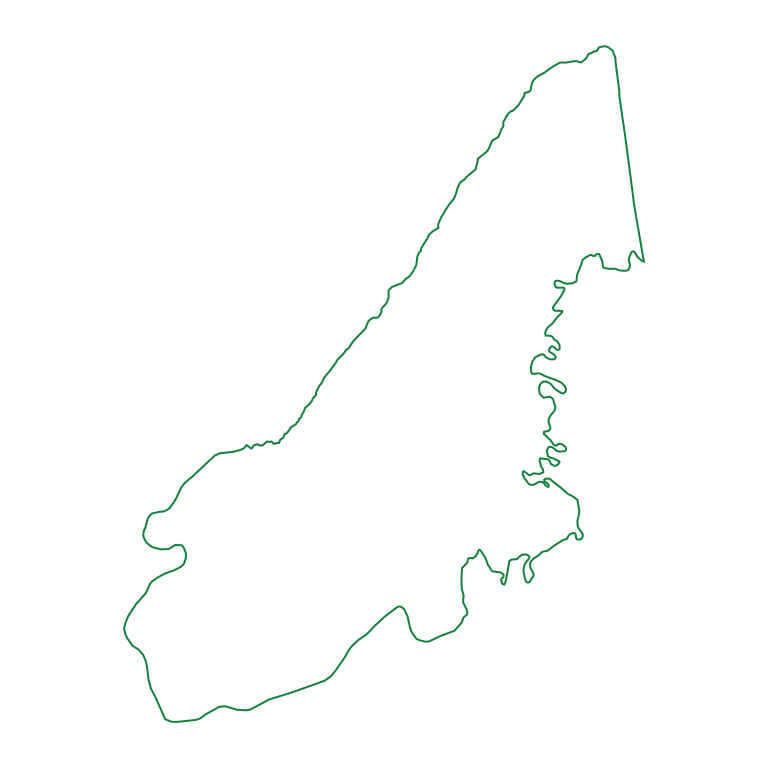 outline of Girardot, Cundinamarca, Colombia
{"feature_id": "7082276B44734955645531", "entity_name": "Girardot", "entity_type": "district", "adm_level": 2, "iso_a3": "COL", "parent_name": "Colombia", "parent_adm1": "Cundinamarca", "projection": "robinson", "projection_center": [-74.792, 4.35], "detail": "fine", "context": "isolated", "style": "outline", "palette": "green", "viewbox_px": 768, "rotation_deg": 0, "n_neighbors": 0, "source": "geoboundaries", "source_scale": "gbopen_adm2", "svg_char_len": 6081}
<svg xmlns="http://www.w3.org/2000/svg" viewBox="0 0 768 768"><path d="M246.7,445.2L243.6,448.5L240.2,450.0L232.8,451.9L219.6,453.3L214.6,455.7L192.4,476.5L185.0,482.6L181.3,487.4L175.3,500.0L169.6,508.2L166.0,510.5L163.2,511.6L160.0,511.7L152.0,513.5L149.3,516.0L147.5,519.5L145.2,528.3L144.2,530.0L143.4,533.1L143.3,535.9L144.7,539.7L146.5,542.5L150.0,545.6L153.4,547.6L161.4,549.4L164.6,549.2L169.0,548.8L175.3,545.0L181.7,545.2L183.4,547.0L186.0,553.3L185.9,557.4L184.8,561.5L183.5,564.5L180.7,566.9L173.9,570.4L164.8,573.6L157.2,577.8L152.8,580.8L150.6,582.9L145.7,593.3L136.2,603.9L128.2,616.1L125.3,623.2L124.1,628.8L125.2,633.5L127.2,638.1L132.7,645.9L138.5,649.5L143.2,655.0L145.6,660.5L147.0,667.0L148.5,679.2L150.8,688.4L155.0,696.1L165.2,719.2L171.8,721.9L177.5,721.9L195.9,719.9L200.0,718.6L204.9,714.8L219.1,706.9L222.9,706.3L225.9,706.4L237.0,709.8L246.4,710.3L250.4,709.5L269.3,699.4L291.4,692.6L324.7,680.7L330.6,676.5L335.7,670.5L345.2,656.6L348.7,650.3L352.0,646.0L358.3,640.0L366.5,634.5L375.0,625.6L384.2,617.1L397.3,607.0L398.4,606.7L399.9,606.5L401.7,607.2L403.8,608.8L404.7,610.2L407.5,616.2L410.2,628.3L412.2,633.2L416.6,638.9L419.0,640.1L425.5,641.7L429.1,641.4L440.9,635.8L454.5,630.7L461.4,623.0L463.6,617.4L467.0,614.6L467.4,613.4L466.7,609.7L463.1,602.3L463.6,595.4L461.9,589.1L461.5,584.1L461.6,575.2L462.1,568.0L467.1,562.8L468.4,558.4L471.1,557.9L472.8,558.4L475.6,556.3L477.5,553.2L478.6,550.1L479.6,549.7L480.4,550.3L485.1,557.2L488.1,565.3L489.4,566.7L491.5,570.6L492.9,571.5L499.9,572.2L503.3,574.2L503.7,575.1L503.4,576.6L502.8,577.8L501.4,578.7L501.2,580.5L502.1,583.5L503.9,584.5L504.5,584.4L505.7,581.4L508.9,564.2L508.9,562.5L509.6,560.8L511.8,559.6L517.1,559.1L519.8,556.2L522.6,554.6L525.8,554.4L528.4,555.5L529.4,556.6L529.4,557.9L525.0,563.8L523.7,567.7L523.5,571.1L524.7,577.5L525.9,581.2L526.9,582.3L528.1,582.5L529.4,582.1L533.3,576.2L533.6,573.7L530.5,568.0L529.9,564.2L531.0,561.4L533.3,558.8L537.9,555.9L542.3,551.8L547.8,550.6L553.7,546.0L563.0,540.0L566.6,539.1L568.8,535.3L570.3,534.0L572.6,533.1L574.9,533.2L575.8,534.9L576.1,538.1L577.1,539.4L580.0,539.6L581.9,538.2L582.7,536.4L582.8,534.4L578.5,527.9L577.6,525.4L577.4,520.7L579.1,514.1L579.3,510.9L577.5,500.0L572.3,496.1L567.4,493.6L560.7,487.6L549.3,478.6L545.0,478.8L544.2,479.8L544.5,481.0L548.5,484.6L548.8,485.5L548.4,486.8L546.8,486.6L545.9,485.9L544.5,483.8L542.2,481.8L539.2,481.9L533.1,484.9L531.4,484.9L528.9,484.1L524.4,478.2L522.9,474.8L522.7,472.8L523.5,471.2L524.3,471.5L529.5,475.3L533.8,473.3L539.6,474.0L543.3,472.2L543.1,469.9L541.0,466.4L539.6,460.5L540.1,458.4L548.3,459.3L549.9,461.1L550.9,464.0L554.4,466.0L556.8,465.2L558.5,463.9L559.5,462.0L559.0,461.2L553.5,458.5L550.2,457.5L547.8,455.9L546.8,450.6L548.1,447.9L549.0,447.1L550.0,446.7L552.4,447.3L556.8,450.9L559.2,451.6L565.0,451.2L566.2,449.4L565.5,447.1L562.2,444.3L559.2,443.8L558.3,444.1L557.0,445.4L555.4,445.6L553.8,444.8L550.5,440.2L543.7,433.9L544.1,431.7L548.5,431.0L550.0,429.3L550.4,427.5L548.7,422.4L548.6,419.2L551.0,414.7L553.6,411.9L554.8,409.9L555.4,407.0L552.9,398.9L550.1,396.8L543.7,397.7L539.7,393.7L539.2,389.9L539.1,387.4L539.7,385.5L540.7,383.5L543.1,381.6L546.0,381.5L549.1,382.8L551.0,384.3L555.1,389.1L561.4,393.2L563.4,393.4L565.7,391.5L565.8,388.7L565.1,386.5L561.5,382.7L555.3,379.8L544.2,375.8L540.7,373.8L537.7,373.3L535.4,373.8L532.1,373.7L531.1,371.7L531.0,367.8L531.4,364.7L532.1,362.0L535.1,357.4L539.5,355.0L542.3,354.3L543.4,354.5L546.0,357.3L549.9,359.3L554.3,359.3L555.2,358.7L555.6,357.0L554.9,355.5L553.8,354.4L549.2,351.5L549.0,350.3L549.9,347.8L551.9,346.2L553.6,346.8L556.7,349.6L558.5,350.0L559.5,349.2L559.7,348.4L559.5,344.8L556.7,340.9L554.5,339.8L552.3,336.7L550.3,335.8L545.7,335.6L545.1,333.1L546.1,330.0L548.1,327.1L553.1,322.8L555.9,318.7L559.3,315.0L560.8,314.0L562.3,311.7L562.0,310.9L555.0,310.7L553.7,310.0L553.0,308.2L553.1,307.0L560.9,296.3L564.4,289.9L564.5,289.1L564.0,288.0L562.9,287.6L556.9,287.7L555.9,287.0L554.6,284.5L554.6,282.3L555.4,281.1L557.2,280.6L559.5,281.0L564.4,283.2L567.9,283.8L573.2,283.0L576.4,281.4L577.2,274.2L580.8,265.6L582.6,259.9L584.5,258.2L590.2,254.9L591.4,255.0L592.8,255.9L594.6,256.0L596.9,253.9L599.1,254.1L601.6,259.5L602.5,262.2L602.9,266.8L603.7,267.8L608.4,268.8L615.9,268.8L618.5,270.2L621.6,270.6L625.8,270.8L628.4,269.8L629.0,269.0L629.8,266.8L629.9,264.3L629.0,261.0L628.9,258.4L631.1,252.8L632.1,251.6L633.0,251.4L634.5,251.9L637.6,257.1L641.8,260.8L643.9,261.6L634.5,207.2L625.5,138.4L619.4,96.6L619.3,91.1L615.4,60.7L615.6,59.5L614.9,56.5L612.5,50.5L608.5,47.4L604.7,46.1L599.9,47.2L598.5,47.8L597.2,50.6L595.5,51.4L593.6,51.5L591.2,53.3L589.4,53.4L588.4,54.3L586.0,58.6L581.6,62.2L580.9,62.4L577.0,61.3L574.3,61.2L565.6,62.6L560.2,62.5L553.4,66.2L544.5,72.6L537.7,76.3L534.8,78.7L532.6,81.7L531.8,84.0L530.6,90.1L529.5,91.6L524.8,92.9L524.3,94.2L524.3,95.8L518.0,105.8L513.2,110.4L510.2,111.7L507.4,114.7L503.4,121.9L503.3,126.5L501.3,129.2L500.5,132.0L498.1,137.2L492.7,140.3L491.9,141.2L488.7,148.8L486.7,151.7L477.9,158.7L477.6,161.6L475.6,169.3L466.4,177.0L465.1,178.9L460.1,182.5L457.8,187.3L455.6,194.8L453.8,198.7L448.5,205.3L441.3,217.1L438.1,224.4L438.4,228.0L433.1,231.0L428.9,234.8L427.6,238.2L421.6,247.4L420.8,249.4L420.8,251.0L419.2,252.4L417.5,255.8L416.2,265.3L413.1,271.3L409.8,276.1L405.8,278.8L402.1,283.0L392.2,286.9L388.6,290.1L388.6,297.4L387.1,301.9L385.1,304.9L382.4,307.4L381.4,309.6L381.4,312.0L379.4,315.8L378.1,317.2L376.3,317.8L373.2,317.7L370.5,319.3L368.2,321.5L365.3,328.7L353.4,340.9L348.4,348.5L346.0,349.9L344.0,353.1L337.0,360.3L336.2,362.1L330.3,370.3L324.3,377.4L321.6,383.1L319.2,386.0L317.3,389.9L316.1,392.5L316.0,394.9L313.1,398.2L311.8,401.0L309.5,404.1L305.1,407.9L303.4,412.5L301.7,414.8L301.1,417.4L299.2,418.9L298.4,421.1L296.8,422.5L296.1,424.1L290.5,427.6L290.0,429.0L286.7,433.4L284.9,433.7L283.1,438.0L280.3,439.6L279.0,442.9L276.8,443.0L273.8,443.9L271.6,441.6L269.4,441.9L267.0,441.5L263.2,444.9L261.9,445.5L260.4,445.6L257.3,444.3L254.0,445.3L251.7,448.4L250.7,448.2L246.7,445.2Z" fill="none" stroke="#15803d" stroke-width="2"/></svg>